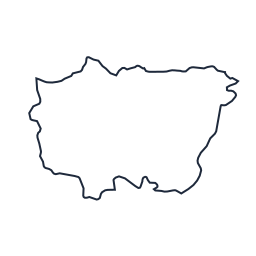 outline of Lääne-Viru, rotated 101°
{"feature_id": "EST-1658", "entity_name": "Lääne-Viru", "entity_type": "County", "adm_level": 1, "iso_a3": "EST", "parent_name": "Estonia", "parent_adm1": "", "projection": "orthographic", "projection_center": [26.348, 59.26], "detail": "fine", "context": "isolated", "style": "outline", "palette": "slate", "viewbox_px": 256, "rotation_deg": 101, "n_neighbors": 0, "source": "natural_earth", "source_scale": "10m", "svg_char_len": 2211}
<svg xmlns="http://www.w3.org/2000/svg" viewBox="0 0 256 256"><g transform="rotate(101 128 128)"><path d="M54.6,43.4L55.6,43.2L57.9,40.9L60.0,37.0L59.0,35.1L61.0,28.9L63.8,30.8L66.8,35.9L69.2,38.7L71.9,38.0L72.2,36.3L71.7,33.9L71.9,31.6L73.6,29.0L75.2,28.2L77.0,28.6L81.6,31.1L86.7,36.2L87.2,37.3L87.5,38.8L87.7,40.8L88.9,41.2L114.4,40.8L117.0,41.6L122.5,45.3L130.8,47.3L138.4,51.8L143.8,53.4L146.8,53.5L149.1,52.7L153.6,48.9L155.6,48.1L161.2,48.5L166.4,50.1L171.5,52.9L176.4,57.1L182.1,63.2L181.9,63.7L180.7,67.3L180.1,69.3L180.2,70.4L180.7,72.0L182.8,77.2L183.5,80.1L183.4,83.1L184.1,89.3L183.1,90.9L181.1,88.6L180.1,87.9L179.2,88.0L178.1,88.6L177.3,89.7L176.7,90.8L177.5,96.2L175.3,98.6L172.9,100.3L172.6,101.1L172.7,101.9L173.8,103.4L174.9,103.8L176.4,103.9L177.6,103.7L183.2,104.5L184.4,105.0L184.9,106.4L183.6,109.8L178.0,121.4L177.2,127.6L179.0,130.6L180.8,132.0L181.8,132.3L191.1,129.1L192.6,136.1L193.5,138.5L196.0,141.2L197.9,142.0L202.0,142.3L203.5,143.6L204.2,145.1L203.1,152.8L204.1,154.7L204.4,155.6L204.7,157.0L204.2,158.3L203.0,159.0L195.7,160.1L186.6,165.9L185.6,167.3L185.3,171.3L185.5,186.4L187.1,190.1L187.0,191.8L186.1,193.2L184.1,195.2L183.3,197.5L183.1,199.4L183.0,201.2L182.5,202.4L181.5,203.4L177.3,205.0L172.4,209.0L168.8,208.8L167.4,209.0L160.2,212.1L154.7,215.0L152.5,215.6L149.8,215.2L148.2,213.9L145.2,213.6L138.6,218.6L138.5,222.9L138.4,224.0L137.9,225.3L132.2,227.8L124.8,225.1L121.1,219.7L119.0,219.1L116.2,219.7L108.1,224.4L96.8,227.4L97.2,224.4L98.0,220.8L98.4,218.6L98.6,216.6L98.3,214.1L97.8,211.0L96.1,206.0L94.4,202.3L91.7,199.6L87.7,193.6L84.9,192.6L81.5,185.3L79.7,184.2L76.7,183.8L73.2,182.0L71.3,181.7L67.6,182.0L66.4,181.5L66.0,180.0L67.4,174.9L67.6,169.9L72.1,164.8L73.9,161.0L77.6,155.7L78.6,149.6L73.7,147.8L70.2,145.0L69.7,143.0L70.7,140.1L69.0,137.0L66.9,132.6L66.0,131.9L65.3,131.1L65.0,130.3L65.1,128.6L66.0,126.5L66.7,124.5L66.1,123.5L68.6,121.3L68.8,118.9L68.7,117.4L66.0,104.0L65.2,100.9L63.8,98.0L62.9,95.7L62.5,93.0L62.3,90.8L61.9,87.5L62.1,85.6L61.8,83.7L61.4,82.1L57.4,79.0L56.3,77.0L55.9,75.5L55.0,64.7L53.4,62.3L52.8,61.1L51.6,58.1L51.3,56.6L51.6,55.1L53.9,52.0L54.6,50.7L54.7,44.4L54.6,43.4Z" fill="none" stroke="#1e293b" stroke-width="2"/></g></svg>